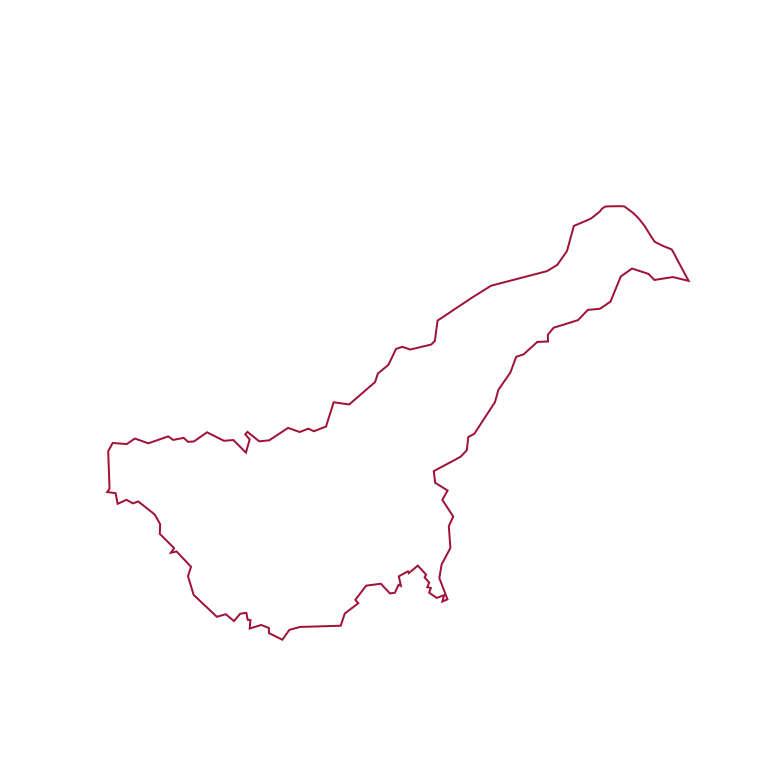 Ohrid, Ohrid, North Macedonia (orthographic projection), rotated 217°
{"feature_id": "65306769B86752814527149", "entity_name": "Ohrid", "entity_type": "district", "adm_level": 2, "iso_a3": "MKD", "parent_name": "North Macedonia", "parent_adm1": "Ohrid", "projection": "orthographic", "projection_center": [20.849, 41.081], "detail": "fine", "context": "isolated", "style": "outline", "palette": "rose", "viewbox_px": 768, "rotation_deg": 217, "n_neighbors": 0, "source": "geoboundaries", "source_scale": "gbopen_adm2", "svg_char_len": 1965}
<svg xmlns="http://www.w3.org/2000/svg" viewBox="0 0 768 768"><g transform="rotate(217 384 384)"><path d="M206.5,245.4L203.7,250.2L223.0,262.3L229.4,274.6L232.3,293.0L246.7,309.5L248.9,319.8L267.7,326.6L269.1,337.2L283.7,335.9L291.8,344.4L279.1,371.9L278.0,380.9L284.8,392.4L281.9,398.5L284.5,436.4L289.1,448.1L290.0,469.3L294.8,485.3L290.3,491.8L286.9,509.8L278.6,516.7L282.8,521.9L282.4,531.0L267.5,551.8L265.8,565.9L256.8,574.0L252.7,586.1L259.6,612.3L255.4,625.5L239.0,631.1L230.7,629.8L217.7,643.2L202.8,649.7L211.7,653.8L225.8,660.3L230.7,662.7L235.3,664.6L244.5,662.1L251.5,660.8L253.9,660.6L260.3,662.9L271.1,667.1L280.8,669.6L287.7,670.5L298.2,670.5L299.3,670.3L303.6,667.2L312.1,660.6L314.1,658.8L315.4,655.2L315.4,651.9L316.2,648.4L318.2,640.9L321.5,634.9L326.8,625.8L327.5,624.4L317.9,600.4L317.3,583.4L321.7,572.3L357.6,527.0L365.3,507.1L379.4,466.9L369.3,449.0L370.0,444.0L383.8,427.3L391.8,424.7L395.5,419.2L392.0,402.0L395.2,388.7L392.3,380.2L399.5,346.7L413.2,339.1L404.7,315.2L411.5,304.1L417.5,302.8L422.5,294.9L434.2,291.2L441.8,269.9L449.2,263.1L464.2,263.6L464.5,260.3L457.9,258.9L453.0,246.1L470.5,248.6L477.7,242.3L496.3,238.9L501.2,223.8L505.6,219.9L511.6,220.4L518.7,212.5L524.8,212.3L536.5,194.8L550.2,190.5L553.3,181.2L565.2,173.6L563.8,164.3L540.1,135.1L540.1,131.1L532.7,135.3L524.6,128.0L520.0,136.5L512.6,137.6L509.6,142.3L488.6,141.8L478.4,137.3L472.9,129.4L452.9,126.6L452.6,121.0L448.9,125.4L428.1,121.9L424.9,112.6L409.1,101.0L377.4,97.5L371.8,104.9L361.1,104.4L360.6,114.0L356.2,118.4L351.0,113.7L348.6,115.1L344.1,107.9L337.1,117.6L329.2,119.9L325.9,115.8L311.3,118.6L311.6,130.7L304.9,139.4L273.1,164.9L277.2,177.1L272.6,193.4L277.0,194.4L276.9,212.2L266.3,222.6L253.3,220.3L249.7,223.8L251.5,232.3L249.0,232.9L256.4,239.3L252.2,248.8L250.4,247.8L247.7,259.3L235.7,257.1L235.2,253.9L228.5,252.7L227.2,247.8L223.8,249.3L222.4,244.5L213.1,244.9L208.9,251.6L206.5,245.4Z" fill="none" stroke="#9f1239" stroke-width="2"/></g></svg>